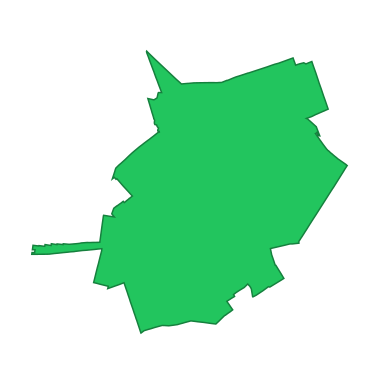 outline of Banloc, Timis, Romania, rotated 8°
{"feature_id": "2599482B62970026017365", "entity_name": "Banloc", "entity_type": "district", "adm_level": 2, "iso_a3": "ROU", "parent_name": "Romania", "parent_adm1": "Timis", "projection": "orthographic", "projection_center": [21.113, 45.364], "detail": "fine", "context": "isolated", "style": "filled", "palette": "green", "viewbox_px": 384, "rotation_deg": 8, "n_neighbors": 0, "source": "geoboundaries", "source_scale": "gbopen_adm2", "svg_char_len": 4981}
<svg xmlns="http://www.w3.org/2000/svg" viewBox="0 0 384 384"><g transform="rotate(8 192 192)"><path d="M335.9,157.8L337.9,153.3L339.0,150.9L340.1,148.3L342.0,144.2L340.5,143.5L340.6,143.3L331.9,138.9L331.4,138.6L330.1,137.7L329.3,137.3L326.9,135.8L325.1,134.6L323.8,133.9L321.5,132.2L321.3,132.2L321.0,132.1L320.7,131.9L320.1,131.3L319.7,131.1L315.2,126.6L311.9,123.1L311.5,122.8L311.2,122.4L306.1,116.9L306.6,116.6L306.8,116.5L307.1,116.4L307.3,116.0L307.4,115.8L307.4,115.5L307.6,115.3L308.0,115.4L308.3,115.7L308.4,116.1L308.5,116.5L308.5,116.9L308.5,117.2L308.5,117.4L308.5,117.5L308.6,117.8L308.8,118.0L309.2,118.4L309.7,118.5L310.3,118.6L310.7,118.6L309.9,117.2L306.3,110.7L306.0,110.1L299.1,105.4L296.1,103.5L295.1,103.2L299.9,100.7L301.1,99.9L304.0,97.9L304.6,97.6L307.8,95.6L315.3,91.0L311.1,82.7L309.3,79.3L305.7,72.1L302.4,65.8L301.9,64.7L298.1,57.0L296.8,54.5L294.7,50.5L294.3,49.7L292.5,46.1L290.4,47.3L287.0,49.3L284.7,48.5L281.2,49.9L278.8,51.0L277.0,52.0L273.4,45.2L264.2,50.1L262.1,51.2L260.1,52.3L259.8,52.4L259.4,52.6L258.0,53.2L256.3,53.9L253.1,55.5L252.9,55.6L249.3,57.5L242.6,60.8L236.7,63.7L231.4,66.3L230.9,66.4L226.7,68.5L222.8,70.4L219.8,71.8L219.4,72.0L216.4,73.7L211.6,76.6L211.2,76.5L206.1,79.4L203.1,79.9L201.9,80.2L194.5,81.2L186.1,82.5L178.6,83.7L172.7,85.1L172.4,85.1L166.5,86.5L164.2,84.9L160.6,82.5L154.8,78.4L143.8,70.6L136.3,65.3L133.3,63.1L130.4,61.0L127.5,58.8L127.4,59.2L127.5,59.6L127.9,60.6L129.8,64.0L130.7,65.7L131.1,66.5L131.8,67.8L133.2,70.4L134.1,72.0L135.5,74.6L136.7,76.8L137.4,78.0L138.4,80.0L140.2,83.4L141.9,86.4L142.0,86.5L143.6,89.6L145.6,93.2L148.1,97.8L145.0,98.2L144.7,98.7L144.3,103.6L143.1,104.7L141.5,106.0L140.9,106.0L139.5,105.9L135.3,105.6L136.7,108.7L138.1,111.7L139.3,114.4L140.3,116.5L141.2,118.6L142.6,121.5L143.5,123.5L143.7,123.9L144.0,124.9L144.2,125.0L144.4,125.2L144.7,125.6L144.8,125.9L145.0,126.4L145.1,126.7L145.0,127.5L145.1,128.7L145.2,129.0L145.3,129.5L145.6,130.0L145.9,130.4L147.6,130.5L148.4,132.0L148.9,132.5L149.9,133.3L149.8,134.2L149.6,134.7L149.5,135.3L149.5,135.8L149.6,136.2L149.8,136.5L150.0,136.6L150.8,136.5L151.1,136.6L151.3,137.2L151.0,137.3L150.2,137.7L149.6,138.3L147.3,140.7L146.2,141.9L145.0,143.1L143.8,144.3L142.4,145.8L141.1,147.0L139.1,149.0L137.8,150.3L135.7,152.5L133.5,154.7L128.9,159.8L127.3,161.6L125.0,164.4L123.2,166.7L121.2,169.3L119.0,171.9L118.0,173.1L117.2,174.0L116.1,175.2L115.1,176.5L113.8,178.2L113.6,178.5L113.2,179.0L112.9,180.7L112.6,182.8L112.0,186.2L111.3,190.1L113.0,188.3L115.0,190.0L115.7,189.3L117.8,191.1L119.3,192.4L121.2,194.1L123.4,196.0L125.5,197.7L133.0,203.9L133.5,204.3L131.1,206.9L130.9,207.0L130.7,207.1L130.5,207.4L130.4,207.7L129.4,208.7L129.1,209.1L128.8,209.3L128.7,209.4L128.4,209.7L128.2,210.0L127.9,210.3L127.1,211.2L126.4,211.9L125.2,210.8L123.0,213.1L122.4,213.6L119.3,216.6L119.2,216.5L116.8,219.0L115.6,224.8L118.5,227.5L117.5,227.5L113.5,227.5L109.8,227.4L109.2,227.4L108.5,227.4L107.8,227.4L107.7,227.4L107.6,228.0L107.6,231.4L107.6,238.1L107.7,254.6L105.6,255.0L100.5,255.8L97.8,256.3L95.1,256.6L89.3,257.9L87.8,258.5L84.2,259.4L77.6,260.9L71.7,261.2L71.7,262.0L65.6,262.2L65.6,262.9L59.9,262.8L59.9,264.6L53.8,264.5L53.7,266.3L47.9,266.4L47.8,266.8L42.0,266.9L42.0,271.4L44.6,271.0L44.6,273.9L42.0,274.2L42.0,276.0L42.8,275.9L46.2,275.4L49.6,274.9L52.9,274.4L56.2,273.9L59.2,273.4L64.1,272.1L68.3,271.1L72.6,270.0L76.4,269.1L80.3,268.1L83.7,267.4L84.1,267.2L87.1,266.4L91.6,265.2L95.4,264.4L99.1,263.5L102.9,262.6L106.7,261.6L110.6,260.7L110.7,262.1L110.7,262.8L110.1,268.2L109.7,272.1L109.3,276.0L108.8,279.8L108.4,283.6L108.0,287.6L107.6,291.5L107.2,295.4L110.6,295.7L113.5,296.1L116.4,296.4L119.3,296.7L122.3,297.0L122.0,299.4L125.5,297.6L128.9,295.8L132.4,294.0L137.3,291.3L138.8,294.3L140.3,297.3L141.8,300.2L143.3,303.3L144.9,306.4L146.3,309.4L147.9,312.5L149.7,316.0L151.4,319.5L153.2,323.0L154.3,325.3L155.0,326.5L156.8,330.2L158.8,334.2L160.9,338.5L161.1,338.8L163.9,336.0L167.5,334.3L170.3,333.1L173.8,331.4L177.5,329.8L181.0,328.3L183.9,328.0L187.7,327.7L188.8,327.4L192.4,326.4L196.2,325.3L198.1,324.4L201.7,322.9L201.8,322.8L205.3,321.3L207.0,320.6L208.8,319.8L213.5,319.7L215.7,319.7L221.7,319.5L225.8,319.5L229.8,319.5L234.0,319.4L236.6,316.2L239.1,312.9L241.5,309.8L242.2,309.4L244.5,307.1L246.6,305.2L248.7,303.0L246.2,300.3L244.4,298.3L241.7,295.4L245.2,292.4L245.6,292.0L248.7,289.5L247.4,287.8L249.5,285.6L252.8,282.7L257.0,279.3L260.0,275.4L262.5,277.4L264.2,279.6L266.6,287.2L266.9,287.4L269.9,285.3L276.0,279.9L280.9,275.1L282.3,275.3L292.4,267.0L295.0,264.8L290.3,259.0L288.1,256.4L285.2,252.9L284.8,252.9L284.6,252.9L284.3,252.3L281.3,246.3L279.4,242.6L279.4,242.4L277.5,237.1L287.6,233.2L291.5,231.7L296.2,229.8L297.0,229.7L298.4,229.5L305.0,227.8L304.7,226.4L304.7,226.1L306.1,223.0L307.5,220.1L309.3,216.1L310.6,213.3L312.6,208.8L314.5,204.6L316.4,200.5L318.0,197.1L319.4,194.0L324.6,182.6L328.0,175.1L330.7,169.2L331.3,168.1L335.9,157.8Z" fill="#22c55e" stroke="#15803d" stroke-width="1.5"/></g></svg>